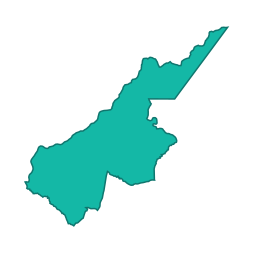 the district of Benedito Leite, Maranhão, Brazil, rotated 176°
{"feature_id": "56859067B5303155589786", "entity_name": "Benedito Leite", "entity_type": "district", "adm_level": 2, "iso_a3": "BRA", "parent_name": "Brazil", "parent_adm1": "Maranhão", "projection": "albers", "projection_center": [-44.578, -7.16], "detail": "fine", "context": "isolated", "style": "filled", "palette": "teal", "viewbox_px": 256, "rotation_deg": 176, "n_neighbors": 0, "source": "geoboundaries", "source_scale": "gbopen_adm2", "svg_char_len": 4648}
<svg xmlns="http://www.w3.org/2000/svg" viewBox="0 0 256 256"><g transform="rotate(176 128 128)"><path d="M211.6,62.8L211.6,61.5L211.3,60.3L210.8,59.5L211.2,58.5L209.9,57.4L208.2,56.6L207.4,55.1L206.2,54.8L205.5,54.2L205.0,53.3L204.6,52.3L203.7,51.6L202.7,51.3L201.9,50.6L200.9,49.5L200.2,48.4L199.8,47.4L198.9,47.5L198.3,46.5L197.3,46.0L196.8,45.1L196.4,43.7L195.9,42.2L195.7,41.1L195.2,39.9L194.8,38.9L194.5,37.6L194.2,36.7L193.4,36.7L192.5,36.7L191.8,35.8L190.3,35.3L188.9,34.2L187.4,36.0L186.8,36.7L185.3,36.8L184.5,37.1L180.3,40.5L179.0,41.2L178.0,43.9L176.7,47.1L176.1,48.0L174.8,48.3L174.1,49.8L174.8,50.8L175.5,51.5L173.4,51.5L170.6,50.1L167.2,50.0L165.6,49.5L164.2,48.0L163.3,49.1L161.7,51.3L161.4,52.3L161.1,54.8L160.6,56.2L158.5,59.9L157.1,65.3L156.4,67.2L153.0,81.8L151.5,86.1L150.4,85.3L149.6,84.4L149.5,83.4L148.6,82.7L147.2,82.1L146.3,81.7L145.3,80.9L144.0,81.0L143.5,80.4L142.8,79.8L142.2,80.4L141.3,80.5L141.4,79.6L140.0,79.1L140.4,78.2L139.5,77.7L138.4,78.2L137.0,77.0L136.7,75.5L135.5,75.0L134.4,74.8L133.5,73.6L132.4,72.7L131.4,72.0L130.2,71.3L128.9,70.7L128.1,70.7L126.9,70.7L126.1,71.5L125.1,71.6L124.2,72.0L123.3,71.6L122.0,71.6L119.2,72.3L116.5,72.5L114.0,73.0L113.0,73.2L111.2,73.2L109.5,74.2L107.7,74.5L105.1,74.2L105.3,75.1L105.2,76.0L104.8,85.1L104.5,86.3L103.8,88.3L102.8,89.9L102.3,90.9L102.5,92.0L101.7,93.1L101.2,94.7L100.0,95.2L99.0,95.7L97.9,95.8L98.0,97.1L96.8,97.1L95.9,97.7L96.6,99.1L95.3,99.0L94.3,99.7L92.9,99.9L92.5,101.1L91.1,102.0L90.4,103.2L89.3,103.4L89.1,104.9L88.8,106.4L88.0,107.1L87.2,107.8L86.1,107.6L85.0,108.6L83.6,108.6L82.5,109.9L80.7,110.4L80.4,111.3L80.3,112.3L80.9,114.5L81.6,115.7L83.8,117.8L84.8,118.3L86.0,118.6L86.8,119.2L87.7,119.6L89.5,119.8L91.2,120.9L91.8,122.1L92.7,123.1L93.3,124.3L94.0,124.9L94.9,125.2L96.4,125.4L97.6,125.1L99.5,125.2L99.5,126.1L100.0,127.3L101.9,128.0L102.9,128.7L102.7,130.1L101.7,130.5L100.7,130.0L99.4,130.0L98.7,130.9L98.7,133.9L99.0,135.4L100.2,136.4L101.6,136.5L102.7,136.1L103.2,134.9L103.8,134.1L105.4,133.7L107.8,134.9L108.6,136.1L107.7,137.5L107.5,138.3L107.0,139.4L106.7,142.6L106.7,144.7L106.2,145.8L105.3,147.4L104.9,148.1L103.9,149.2L103.2,150.5L104.1,151.9L104.2,152.8L104.9,154.1L105.3,155.6L79.4,153.7L73.5,160.7L46.2,192.6L21.6,221.5L22.9,221.4L24.2,221.5L25.3,221.8L27.6,221.7L29.0,220.4L31.0,219.4L34.0,219.1L36.4,217.9L37.9,218.6L39.8,218.2L40.4,217.2L40.5,215.4L41.3,213.4L41.9,212.3L42.7,211.9L43.4,210.6L44.5,209.9L45.7,206.8L46.7,205.2L48.1,204.6L51.1,204.9L52.1,205.6L55.1,204.6L56.2,203.8L57.0,201.9L57.8,200.9L59.3,200.2L60.6,198.5L60.3,196.8L61.4,195.4L62.1,193.6L64.7,193.2L67.1,192.4L69.4,191.0L69.9,190.2L70.3,188.1L70.9,186.6L73.1,186.7L74.1,187.4L76.5,188.1L78.2,188.8L79.9,189.5L81.3,191.2L82.5,190.5L83.7,190.0L85.2,190.1L86.6,189.4L87.7,188.9L88.7,188.0L91.2,186.5L92.5,186.6L93.0,188.0L93.5,189.0L94.2,191.8L95.0,193.3L95.4,194.3L96.0,195.0L97.0,195.2L99.1,196.5L101.1,197.0L102.6,196.1L103.4,195.5L104.2,196.2L106.1,196.3L107.8,196.1L108.9,194.0L109.4,191.0L110.0,190.3L110.2,189.2L110.2,188.1L110.5,187.3L110.6,185.7L111.5,184.6L112.7,183.8L114.0,179.9L115.2,177.8L116.2,177.0L117.2,176.4L118.0,176.4L119.0,176.2L120.1,176.1L121.2,174.7L121.5,173.1L123.6,172.4L124.7,171.6L126.8,171.4L128.0,171.3L129.6,169.5L130.1,168.5L130.5,167.1L133.1,163.1L134.5,161.9L134.6,159.6L135.5,158.6L139.2,156.3L141.2,153.6L141.6,151.6L142.6,149.7L142.6,148.7L144.0,147.4L145.5,147.3L147.4,147.1L148.2,147.1L150.8,147.1L153.7,146.5L154.8,146.0L155.5,145.3L156.0,144.2L157.1,140.9L157.3,139.9L157.9,138.5L158.6,137.8L161.9,135.2L163.7,135.1L164.7,134.6L165.4,134.0L166.1,132.8L169.1,130.4L170.1,129.8L171.1,129.4L172.5,128.5L173.3,128.1L175.5,128.3L177.3,127.5L180.0,126.8L181.6,125.7L182.9,125.1L184.1,124.2L184.7,123.0L185.7,121.9L187.7,120.7L188.9,119.7L189.9,119.2L192.3,118.5L193.3,117.7L194.6,116.7L195.6,116.3L196.6,116.1L199.6,116.9L201.3,116.8L204.1,115.2L205.8,114.9L207.8,114.6L208.8,113.6L209.8,113.2L211.7,113.6L212.4,114.1L214.3,115.6L215.1,115.9L216.6,116.1L218.1,115.3L218.8,114.3L220.1,111.2L221.8,109.2L223.5,106.7L224.2,106.0L224.8,105.3L226.4,103.4L227.0,102.2L227.2,101.1L227.0,100.2L225.6,95.9L225.6,95.0L225.5,93.9L225.7,93.1L226.9,90.7L227.6,89.9L229.0,88.8L229.8,87.8L230.4,85.9L230.1,82.9L230.9,81.1L232.2,81.1L233.4,81.4L234.4,81.3L233.7,79.8L232.8,77.8L232.7,76.1L233.2,75.0L232.4,74.2L230.3,73.8L230.1,72.6L229.1,72.4L228.9,71.4L228.3,70.9L227.5,70.6L227.2,69.2L226.0,69.0L225.1,69.2L223.5,69.1L222.7,69.3L221.6,68.1L220.5,67.5L219.7,66.6L218.5,65.8L217.8,65.0L216.4,65.7L215.2,65.6L214.3,65.1L213.1,65.4L212.7,64.6L213.0,63.6L211.7,63.7L211.6,62.8Z" fill="#14b8a6" stroke="#0f766e" stroke-width="1.5"/></g></svg>